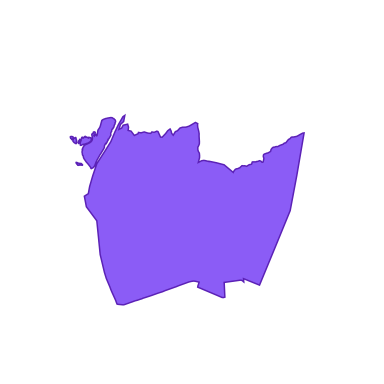 Tigre, Buenos Aires, Argentina (orthographic projection), rotated 235°
{"feature_id": "61730980B37602961907031", "entity_name": "Tigre", "entity_type": "district", "adm_level": 2, "iso_a3": "ARG", "parent_name": "Argentina", "parent_adm1": "Buenos Aires", "projection": "orthographic", "projection_center": [-58.508, -34.4], "detail": "fine", "context": "isolated", "style": "filled", "palette": "violet", "viewbox_px": 384, "rotation_deg": 235, "n_neighbors": 0, "source": "geoboundaries", "source_scale": "gbopen_adm2", "svg_char_len": 6021}
<svg xmlns="http://www.w3.org/2000/svg" viewBox="0 0 384 384"><g transform="rotate(235 192 192)"><path d="M250.3,101.4L240.5,97.0L223.0,97.5L208.7,89.5L193.4,80.9L176.2,74.1L170.3,72.2L161.4,70.3L158.4,69.5L155.5,68.9L147.5,67.4L143.2,66.3L142.4,67.0L139.3,70.6L138.8,71.3L138.5,72.1L135.5,83.0L134.6,85.4L133.8,88.3L133.3,89.6L133.1,91.0L132.5,92.8L130.6,99.0L128.6,106.3L127.2,110.7L126.6,113.6L124.4,121.5L124.1,122.7L123.6,124.3L122.9,127.4L120.1,137.8L119.0,140.5L118.2,142.1L117.9,142.5L117.0,143.5L114.1,146.1L113.2,145.0L111.8,143.1L110.8,142.1L93.1,153.2L88.7,155.9L88.2,156.3L87.5,157.2L87.0,158.6L99.5,166.5L92.1,180.9L91.5,181.7L90.8,182.2L90.1,182.5L88.9,182.7L88.6,182.8L91.5,184.5L77.0,193.9L99.2,228.7L120.4,261.7L145.4,287.3L176.1,317.7L176.7,316.6L177.1,313.7L177.4,310.2L177.6,309.5L178.7,306.9L179.8,305.2L179.9,304.5L179.5,303.0L179.5,302.2L179.7,301.5L179.7,301.1L178.5,297.1L179.1,295.6L178.9,294.2L179.0,293.6L179.8,290.6L180.0,288.3L181.0,286.9L181.1,286.6L181.5,285.1L181.7,284.6L182.1,284.3L182.0,282.8L181.6,281.5L181.3,280.9L180.4,280.0L180.3,279.7L180.2,278.6L180.5,276.4L181.0,275.3L181.3,273.9L181.5,273.4L181.6,272.9L181.5,272.1L181.2,271.6L180.1,270.7L178.7,270.3L177.9,269.8L176.0,267.7L175.8,267.3L175.8,267.1L176.1,266.5L176.6,266.3L177.3,266.3L177.9,266.0L178.9,265.3L179.0,265.0L179.2,263.8L179.4,263.3L179.9,262.5L180.0,261.7L181.9,258.9L182.0,258.5L181.7,258.1L180.9,257.2L180.7,256.9L180.7,256.4L181.4,254.9L181.6,254.2L181.7,251.5L183.3,250.2L183.7,249.4L184.8,248.2L184.9,247.8L184.7,247.1L184.7,246.2L184.4,244.9L184.7,244.3L184.8,243.2L185.6,241.4L185.7,240.4L185.3,238.9L184.8,237.6L184.4,237.0L195.9,233.9L202.0,228.7L207.4,223.6L207.2,223.4L210.4,220.6L211.3,219.5L212.1,217.7L212.6,214.1L215.7,217.8L217.5,219.1L219.6,220.3L221.6,220.5L223.2,221.0L225.3,222.4L226.1,224.0L227.2,225.6L228.9,226.9L233.8,229.9L235.7,231.3L237.8,232.3L241.7,233.8L243.9,235.1L244.7,235.9L247.0,234.7L247.6,227.5L248.6,224.2L250.5,221.4L251.3,218.9L250.5,215.2L251.0,213.0L249.3,209.2L251.8,209.0L254.0,209.9L256.2,210.2L256.1,207.2L255.0,203.9L254.0,199.0L255.0,197.7L261.0,198.8L262.0,198.1L262.6,195.2L264.2,193.6L263.7,191.8L265.5,189.7L268.6,187.3L269.7,184.2L271.5,182.3L270.7,181.3L271.4,177.2L276.8,177.0L279.1,175.0L281.5,177.2L284.5,178.2L286.2,173.9L284.7,171.0L285.2,168.1L288.4,172.2L288.9,176.4L293.3,180.9L293.3,178.6L289.4,170.3L285.6,163.6L279.8,154.4L275.5,144.3L269.8,130.3L262.3,120.1L255.3,111.4L250.1,106.1L250.3,101.4ZM284.2,123.6L282.2,122.8L280.8,122.6L279.0,122.6L277.2,122.6L274.7,122.9L271.1,123.1L269.9,123.0L269.5,122.8L269.1,122.8L268.9,122.9L268.6,124.8L268.7,125.5L268.9,125.9L269.0,126.6L269.8,128.1L270.0,128.4L270.6,129.2L271.2,130.0L272.7,132.6L273.8,134.9L274.7,136.8L275.3,137.9L275.6,138.9L277.9,144.2L278.7,145.7L280.0,146.7L281.2,148.8L280.9,148.8L280.7,149.2L280.8,149.4L281.8,151.5L282.2,151.7L282.4,152.8L283.3,153.4L283.3,153.6L283.1,153.6L283.2,154.2L285.0,158.0L285.5,158.4L286.4,158.8L287.3,159.8L287.7,160.9L288.4,161.5L288.6,161.6L289.1,162.3L289.3,162.8L289.1,163.1L289.3,163.7L289.6,163.8L289.8,164.9L291.6,167.1L291.8,167.8L292.1,168.2L292.9,168.7L293.2,169.5L293.5,169.8L294.3,170.2L294.8,170.3L295.2,170.4L295.8,170.1L296.9,170.1L297.3,169.7L298.3,169.4L298.5,169.2L298.8,169.1L299.6,168.1L301.1,164.9L301.3,164.2L301.7,163.5L302.0,162.2L302.2,161.6L302.4,160.4L302.4,159.7L302.2,159.3L302.3,159.1L298.7,154.8L297.8,153.5L297.2,152.0L296.8,150.8L296.2,150.0L296.0,149.8L293.7,147.7L293.8,147.5L293.8,147.4L294.0,147.1L294.0,146.7L292.8,146.6L292.7,146.3L293.6,146.3L294.0,146.0L294.0,145.7L294.3,145.6L293.8,144.0L294.6,144.0L294.8,144.2L294.8,145.0L294.9,145.6L295.5,146.1L295.9,146.7L296.4,146.9L297.0,146.8L297.5,146.1L297.6,145.5L297.2,145.0L296.9,145.0L296.7,144.6L296.9,143.6L296.8,143.1L296.6,142.9L295.2,142.2L294.3,142.0L293.1,141.3L292.0,140.3L291.6,139.7L291.2,138.7L291.0,137.8L291.0,136.5L291.4,134.0L291.9,131.7L291.9,130.9L291.9,130.3L291.7,129.5L291.6,129.3L291.3,129.3L291.2,129.1L291.0,128.5L291.0,128.2L290.3,127.4L290.3,127.2L290.2,126.9L289.6,126.8L289.4,126.6L289.7,126.4L289.5,126.2L288.8,126.0L288.5,125.4L287.4,124.6L286.1,124.1L285.4,123.6L284.7,123.5L284.2,123.6ZM299.9,133.5L299.9,133.1L299.5,132.4L298.4,131.1L297.8,130.7L297.7,130.4L296.8,129.2L296.3,128.6L294.8,127.5L294.5,127.4L294.1,127.5L293.7,128.3L293.8,129.1L293.5,130.1L292.8,131.4L292.1,134.0L291.7,134.9L291.7,137.4L291.9,138.8L292.8,139.6L293.1,140.3L294.2,140.3L294.5,140.2L294.6,139.7L295.1,139.6L295.4,139.2L295.7,139.2L296.1,138.7L296.2,138.3L295.7,138.3L295.6,138.1L295.9,137.9L296.4,137.9L296.6,137.8L297.4,136.9L297.5,137.1L298.1,136.8L298.1,136.3L298.1,136.0L298.5,135.8L298.7,135.4L298.9,135.6L298.9,135.1L298.6,134.5L298.5,133.8L298.7,133.5L299.0,133.5L299.3,133.7L299.6,133.7L299.9,133.5ZM301.7,123.6L300.1,123.8L299.8,124.1L298.8,124.2L298.1,124.8L298.1,125.0L299.0,126.0L299.6,126.1L300.6,127.1L301.1,127.3L301.4,127.2L301.7,127.3L302.4,127.8L303.1,128.0L303.3,128.0L303.3,127.6L303.4,127.3L303.5,127.1L303.4,126.8L303.8,126.6L303.7,125.5L303.5,125.1L303.1,124.9L303.0,124.2L302.6,124.0L302.2,123.9L302.0,123.7L301.7,123.6ZM282.6,113.9L282.2,113.7L282.0,113.9L281.0,113.7L280.9,114.0L280.4,114.0L279.9,113.8L279.4,113.8L279.0,114.3L278.9,114.9L278.6,115.1L278.0,116.1L278.0,116.4L278.2,116.8L278.4,117.1L278.2,117.7L278.6,117.7L279.2,117.4L279.5,116.8L279.4,116.8L279.4,116.5L279.2,116.5L279.2,116.4L279.5,116.4L279.8,116.0L280.2,116.1L280.7,115.6L280.8,115.4L282.3,114.6L282.7,114.1L282.6,113.9ZM306.3,123.6L305.6,123.4L305.4,123.6L303.9,123.6L303.8,124.2L304.3,125.5L304.9,126.1L305.1,126.2L306.1,125.7L306.9,124.8L307.0,124.3L307.0,124.0L306.3,123.6ZM299.5,130.3L299.5,130.1L298.9,129.2L298.8,128.7L298.9,128.3L298.6,127.8L297.7,127.0L297.3,126.9L296.8,127.0L296.8,127.4L297.5,128.4L297.5,128.8L298.2,129.4L298.5,129.8L299.2,130.4L299.5,130.3ZM277.6,117.9L277.7,117.5L277.8,117.4L277.8,117.2L277.5,117.0L277.2,117.0L276.9,117.3L276.8,117.6L277.3,118.0L277.6,117.9Z" fill="#8b5cf6" stroke="#5b21b6" stroke-width="1.5"/></g></svg>